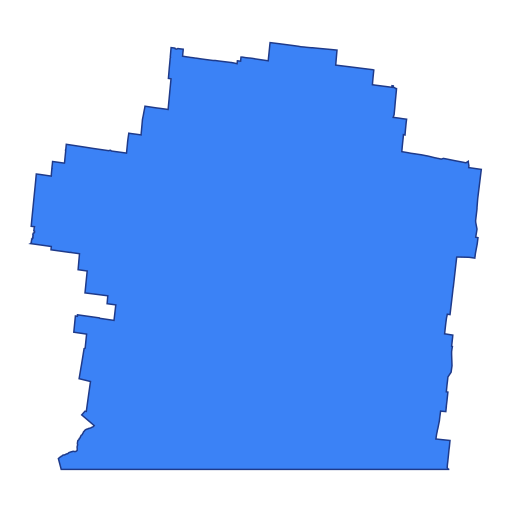 outline of Paroo, Queensland, Australia
{"feature_id": "25037944B13506382949724", "entity_name": "Paroo", "entity_type": "district", "adm_level": 2, "iso_a3": "AUS", "parent_name": "Australia", "parent_adm1": "Queensland", "projection": "equal_earth", "projection_center": [145.53, -27.987], "detail": "fine", "context": "isolated", "style": "filled", "palette": "blue", "viewbox_px": 512, "rotation_deg": 0, "n_neighbors": 0, "source": "geoboundaries", "source_scale": "gbopen_adm2", "svg_char_len": 5673}
<svg xmlns="http://www.w3.org/2000/svg" viewBox="0 0 512 512"><path d="M325.9,469.4L377.8,469.4L390.8,469.4L427.2,469.4L437.5,469.4L448.6,469.4L448.6,469.2L448.1,469.0L447.2,467.7L447.4,464.7L447.8,461.3L448.1,458.3L448.4,455.6L448.7,452.6L449.0,449.6L449.4,446.6L449.7,443.5L450.0,440.5L449.1,440.4L435.9,439.0L436.0,438.4L436.3,436.2L436.6,434.2L436.9,432.7L437.1,432.0L437.3,430.6L437.7,429.0L437.9,428.2L438.5,425.2L438.8,423.7L439.3,421.3L439.4,420.7L439.8,417.1L440.6,411.1L441.5,411.2L445.8,411.6L446.3,407.1L446.2,407.1L447.0,400.4L447.9,392.1L446.3,391.8L446.5,390.0L447.1,384.1L447.5,380.9L447.9,377.0L451.1,372.2L452.0,365.8L451.6,354.2L451.6,351.8L451.6,351.7L452.0,348.7L452.4,346.5L451.6,346.2L452.0,342.8L452.6,337.4L452.8,335.1L444.6,333.8L445.8,323.2L446.4,318.7L446.6,317.4L446.7,317.0L446.8,316.6L447.3,314.2L450.0,314.6L450.3,312.2L452.2,296.0L453.2,287.2L453.3,287.1L456.7,257.1L456.8,257.0L466.0,257.2L469.2,257.3L474.8,258.1L474.9,257.2L475.0,256.5L475.1,256.3L475.1,255.9L475.4,253.5L477.2,244.0L478.0,237.7L475.7,237.2L476.8,230.5L476.8,230.3L477.0,229.1L475.7,222.4L475.6,220.7L477.0,208.8L477.0,207.6L477.7,198.8L477.7,198.7L480.0,180.0L481.3,169.4L468.7,167.6L468.9,165.7L468.5,163.4L468.4,163.0L468.3,161.3L465.9,162.8L463.9,162.4L461.3,161.9L458.2,161.3L455.5,160.8L447.1,159.1L443.4,158.4L441.3,159.1L439.4,158.7L438.2,158.4L437.8,158.4L436.2,158.0L435.0,157.8L432.6,157.2L429.0,156.3L427.2,155.9L426.5,155.8L423.5,155.2L421.5,154.8L417.4,154.2L414.8,153.8L411.1,153.3L409.5,153.0L408.0,152.7L402.7,151.8L401.8,151.6L402.4,145.0L403.2,137.5L403.4,134.6L405.0,135.0L405.3,131.4L405.9,125.3L406.2,122.3L406.4,120.8L406.6,119.2L402.7,118.7L398.9,118.1L395.1,117.6L393.2,117.4L393.4,116.7L394.1,114.6L394.4,111.5L394.7,108.5L395.3,101.6L395.6,98.5L396.4,90.3L396.5,88.6L395.4,88.5L394.7,87.6L393.2,87.4L393.3,85.9L392.0,85.7L391.9,87.3L386.6,86.6L383.4,86.2L380.4,85.8L374.9,85.1L372.4,84.7L372.6,82.4L373.0,77.8L373.8,70.0L372.7,69.7L359.1,68.0L350.3,66.9L335.7,65.1L337.0,50.1L332.1,49.6L319.1,48.4L311.9,47.7L311.8,47.8L306.5,47.3L304.0,47.0L301.4,46.8L301.1,46.8L298.5,46.3L293.6,45.6L279.0,43.7L270.1,42.6L269.8,45.1L269.2,51.2L268.2,60.8L254.6,58.8L254.5,58.7L252.7,58.4L250.4,58.1L247.8,57.9L245.3,57.6L243.7,57.3L242.4,57.1L241.6,57.1L241.0,57.1L240.6,61.2L237.4,60.8L237.1,63.7L233.5,62.9L232.8,62.8L231.5,62.5L230.9,62.5L230.3,62.4L221.3,61.3L218.8,61.0L215.3,60.5L213.2,60.5L205.5,59.5L200.4,58.8L197.9,58.4L196.6,58.2L195.3,58.1L192.8,57.7L190.2,57.4L188.6,57.1L187.7,57.0L185.1,56.6L182.6,56.2L182.8,53.6L183.1,50.9L183.2,49.2L179.7,48.8L178.9,48.7L177.9,48.5L177.4,48.8L176.9,49.0L176.4,49.1L176.2,49.0L175.2,48.8L175.1,48.7L174.9,48.1L171.1,47.6L170.6,53.1L170.3,56.7L170.3,56.9L170.4,57.1L170.5,57.2L170.4,57.6L170.2,58.0L169.9,61.6L169.3,67.7L168.9,72.7L168.4,78.4L171.0,78.8L171.0,79.2L170.7,82.1L168.1,109.5L166.2,109.2L160.4,108.4L156.3,107.9L145.0,106.2L144.6,108.5L144.0,111.5L143.3,115.3L143.0,116.8L142.6,118.7L142.4,119.9L142.3,121.3L142.0,124.7L141.5,130.1L141.2,133.1L141.1,134.9L135.3,134.1L132.1,133.7L128.8,133.2L128.7,134.0L128.2,137.3L127.9,139.5L127.6,141.9L127.4,144.2L126.5,153.1L120.8,152.3L114.9,151.5L111.3,151.0L110.6,150.3L109.5,150.4L108.7,150.7L105.3,150.2L92.9,148.4L84.7,147.1L82.7,146.8L72.9,145.3L66.3,144.3L65.8,149.4L65.6,149.7L65.6,149.9L65.5,150.4L65.7,150.8L64.5,163.0L64.1,163.1L52.6,161.5L52.4,163.5L52.3,164.6L52.2,165.2L51.9,168.2L52.0,168.3L51.9,168.4L51.3,174.7L51.4,175.0L51.4,175.3L51.2,175.5L51.2,176.1L40.3,174.5L36.3,174.0L35.2,185.7L34.3,194.5L31.9,218.7L31.2,226.3L34.5,226.7L34.4,227.0L34.3,227.5L34.1,228.3L34.1,228.9L34.0,229.3L34.0,229.7L33.8,230.6L33.8,230.8L34.6,231.2L34.4,231.8L34.5,232.5L34.4,232.7L34.0,232.8L33.8,233.0L33.4,233.0L33.1,233.8L32.8,234.2L33.1,234.8L33.2,235.3L32.9,235.6L32.9,236.0L33.0,236.3L32.8,236.7L32.8,237.0L32.7,237.2L33.0,237.4L33.0,237.9L32.7,238.2L32.6,238.5L32.4,238.8L32.1,238.6L31.9,238.8L32.1,238.9L32.2,239.1L31.6,239.9L31.5,240.5L31.5,240.8L31.3,241.4L31.5,242.3L31.4,242.5L31.0,242.8L30.9,243.5L30.7,243.6L51.3,246.5L51.0,249.8L68.2,252.2L70.3,252.5L70.4,252.4L70.6,252.3L70.8,252.4L71.0,252.4L71.3,252.4L71.5,252.6L79.5,253.7L78.1,269.7L87.2,271.0L85.0,292.9L98.6,294.6L107.8,295.8L107.1,303.7L115.8,304.9L115.0,311.8L114.0,320.4L99.7,318.3L99.4,317.9L77.5,314.8L77.4,316.3L75.4,316.0L73.8,332.2L86.6,334.1L85.2,347.7L85.3,347.9L85.1,348.2L84.1,348.6L81.5,364.6L81.1,366.8L80.6,369.8L80.1,372.8L79.6,375.8L79.1,378.7L90.5,381.5L88.7,394.1L86.3,411.4L85.0,411.2L81.7,414.9L88.7,420.9L94.2,425.6L93.5,426.4L92.9,426.9L91.6,427.4L91.0,427.8L90.4,428.1L88.4,428.5L87.9,428.9L86.9,429.1L86.2,429.4L85.2,430.0L84.8,430.4L84.3,431.1L83.9,431.5L83.5,431.9L83.4,432.4L83.0,433.1L82.7,433.5L82.5,433.9L82.4,434.3L82.1,434.7L81.6,435.1L81.2,435.3L80.9,435.9L80.6,436.4L80.4,436.9L80.3,437.3L80.3,437.6L80.1,437.8L79.8,438.1L79.4,438.3L79.2,438.7L79.1,439.0L79.1,439.4L78.8,439.7L78.4,440.1L78.2,440.2L77.8,440.7L77.7,441.2L77.6,441.9L77.4,443.1L77.4,443.8L77.6,444.4L77.6,444.7L77.5,445.3L77.3,446.0L77.2,446.4L77.1,447.0L77.1,447.5L77.2,447.9L77.2,450.2L77.0,450.6L76.6,450.9L76.2,451.2L75.7,451.5L74.9,451.5L74.7,451.6L74.3,451.5L73.4,451.3L73.0,451.3L72.6,451.5L72.4,451.5L71.7,451.8L71.4,451.7L70.8,451.9L70.4,452.2L70.0,452.2L69.6,452.4L69.2,452.5L68.9,452.6L68.3,453.1L68.0,453.5L67.3,453.8L66.9,453.9L66.5,453.9L66.2,454.1L65.7,454.3L64.9,454.8L64.1,455.0L63.3,455.0L62.8,455.2L62.6,455.4L61.9,456.0L61.4,456.3L61.0,456.4L60.8,456.8L59.8,457.3L59.5,457.5L58.6,458.5L58.4,458.6L59.2,461.7L60.8,467.8L61.2,469.4L110.5,469.4L116.7,469.4L196.1,469.4L203.9,469.4L286.9,469.4L325.9,469.4Z" fill="#3b82f6" stroke="#1e3a8a" stroke-width="1.5"/></svg>